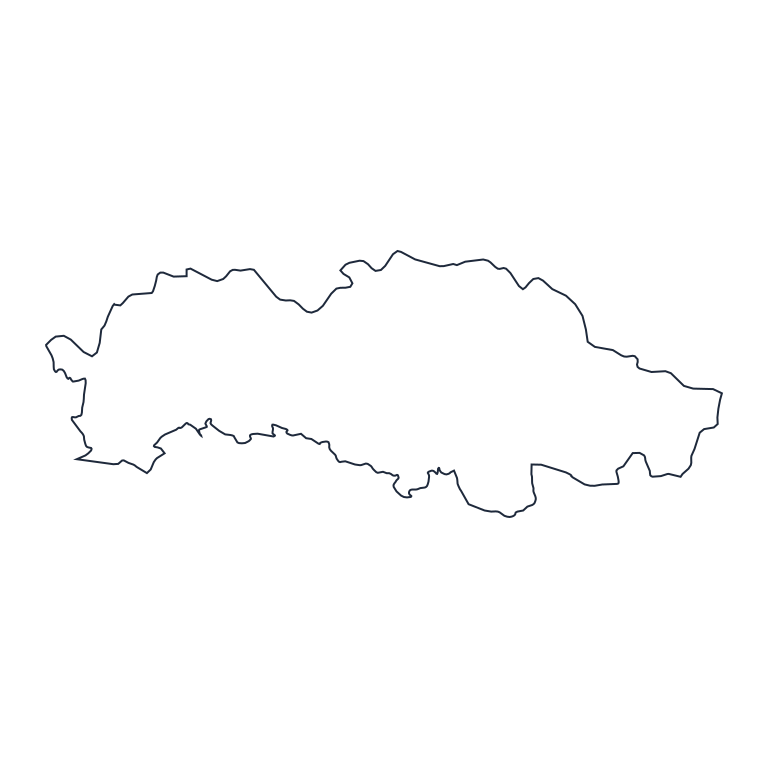 the border of Prešov
{"feature_id": "SVK-1058", "entity_name": "Prešov", "entity_type": "Region", "adm_level": 1, "iso_a3": "SVK", "parent_name": "Slovakia", "parent_adm1": "", "projection": "orthographic", "projection_center": [21.049, 49.105], "detail": "fine", "context": "isolated", "style": "outline", "palette": "slate", "viewbox_px": 768, "rotation_deg": 0, "n_neighbors": 0, "source": "natural_earth", "source_scale": "10m", "svg_char_len": 6056}
<svg xmlns="http://www.w3.org/2000/svg" viewBox="0 0 768 768"><path d="M397.5,251.0L401.0,251.9L415.1,259.4L439.7,266.2L443.8,266.1L453.2,264.0L456.9,265.1L465.2,261.7L483.2,259.5L488.0,260.7L490.5,262.4L495.2,266.9L497.8,268.7L499.7,268.9L503.6,268.0L506.1,268.7L510.4,273.0L518.9,286.0L522.9,289.2L525.5,287.4L529.0,283.1L533.3,279.0L538.4,278.1L543.0,280.6L552.3,289.1L566.0,295.7L575.2,304.2L582.5,315.9L585.9,329.5L587.7,341.8L594.9,346.9L612.9,350.1L621.2,355.3L624.1,356.5L626.7,356.7L632.7,355.8L634.8,356.2L637.6,359.3L637.7,362.0L637.0,364.5L637.6,366.9L639.5,368.5L651.5,372.0L665.4,371.2L670.9,373.2L683.9,385.9L693.2,388.6L713.1,389.1L721.9,393.3L720.1,399.7L718.4,408.6L717.4,417.5L717.7,424.0L713.8,427.5L704.1,429.1L699.7,432.7L694.5,449.0L691.4,455.9L691.2,457.8L691.3,462.8L690.8,465.2L688.5,468.7L682.5,474.0L680.6,476.8L668.7,473.9L667.4,474.0L660.9,476.1L652.6,476.7L651.3,476.2L650.3,475.3L650.0,473.4L649.8,470.9L645.8,461.6L645.3,459.8L645.2,458.4L644.9,456.9L644.1,455.4L639.6,452.9L632.7,453.1L623.4,466.3L618.1,468.7L616.5,470.4L616.4,471.3L616.5,472.1L617.8,476.6L618.5,480.3L618.7,482.1L618.4,483.3L617.9,483.7L616.9,483.9L602.3,484.5L594.7,485.8L590.0,485.7L584.6,484.4L572.9,477.5L571.3,476.2L571.4,475.6L570.7,474.9L569.4,474.1L565.9,472.4L541.2,464.7L531.6,464.5L531.4,474.3L531.8,475.8L532.0,476.9L532.1,482.0L532.2,483.4L533.5,488.2L533.4,490.6L533.5,491.6L533.9,492.8L535.3,496.2L535.7,497.7L535.8,499.1L535.4,500.8L534.6,502.9L533.6,504.1L532.2,505.0L527.4,506.6L523.2,510.5L517.4,511.6L515.7,512.5L515.5,513.0L515.2,514.3L514.8,514.9L514.1,515.5L513.1,516.1L511.7,516.6L509.7,517.0L507.2,516.7L504.4,515.8L499.6,512.3L497.8,511.6L495.7,511.4L491.2,511.6L484.6,510.5L468.6,504.2L461.1,490.9L459.9,489.1L458.5,486.1L457.6,483.8L457.3,479.9L457.0,478.0L454.0,470.6L450.4,472.4L449.8,473.1L448.6,473.8L446.5,474.4L444.6,474.1L441.3,472.5L440.2,471.1L439.5,469.8L439.4,468.9L439.1,468.0L438.7,467.9L438.1,468.7L437.8,471.6L437.5,473.1L437.1,473.9L436.4,473.7L435.4,472.5L433.6,471.0L432.6,470.7L431.4,470.7L429.0,471.6L428.1,472.2L427.8,472.9L428.7,474.5L429.0,475.4L429.1,476.6L428.5,481.6L427.7,484.4L427.0,486.0L426.1,486.9L425.2,487.4L424.3,487.6L420.3,488.1L417.3,489.3L416.1,489.5L412.5,489.5L411.2,489.7L410.2,490.1L409.6,490.8L409.2,491.6L409.0,492.4L409.0,493.2L409.3,494.0L409.7,494.6L411.3,496.0L411.3,496.3L411.1,496.7L410.4,497.0L407.0,497.4L403.9,497.0L401.1,495.6L396.5,491.4L393.7,486.9L393.5,485.2L393.8,484.4L394.3,483.5L395.7,481.7L396.1,480.9L396.6,480.2L398.2,478.7L398.5,478.1L398.6,477.6L398.2,476.2L398.0,475.6L397.7,475.1L397.0,474.9L395.4,475.6L394.0,475.7L392.7,475.3L391.0,474.0L389.2,473.2L386.7,473.2L383.0,471.8L377.8,472.8L376.3,472.2L374.1,470.1L372.8,468.7L371.6,466.8L370.9,466.0L367.9,464.0L366.9,463.7L365.7,463.6L361.1,465.1L359.9,465.2L355.0,464.5L345.3,461.3L341.8,461.7L340.1,462.1L339.1,461.8L338.1,460.8L336.6,458.6L335.9,456.4L335.8,455.8L335.1,454.7L330.9,450.7L329.7,449.0L329.2,447.2L329.3,445.2L329.2,444.2L328.5,442.2L327.5,441.7L326.0,441.5L322.5,442.0L321.1,442.5L320.2,443.0L320.0,443.5L319.7,444.0L318.5,443.7L311.4,439.0L306.1,438.2L301.0,433.8L293.0,435.5L291.8,435.4L290.2,434.9L287.3,433.6L286.5,432.6L286.5,431.6L287.5,430.5L287.3,429.8L285.9,429.0L282.0,428.0L276.0,425.3L273.1,424.6L272.4,424.7L272.1,425.8L272.3,426.6L272.9,427.9L273.0,428.9L272.9,430.0L272.6,431.5L272.5,433.2L272.7,433.6L273.2,434.0L274.9,435.4L274.8,435.8L274.4,436.1L273.5,436.5L257.6,433.7L253.0,434.0L251.3,434.4L250.3,435.0L250.0,435.5L250.0,436.1L250.1,436.7L250.8,438.2L250.9,438.7L250.8,439.1L249.5,440.5L248.8,441.1L247.7,441.7L245.1,443.0L241.9,443.3L239.0,443.1L237.4,442.4L234.3,437.2L233.9,436.2L232.6,435.5L230.5,435.0L225.2,434.4L219.1,430.8L212.4,425.5L211.1,424.3L210.5,423.1L211.2,420.4L211.0,419.3L209.7,418.8L208.5,419.1L206.5,421.2L205.8,422.5L205.4,423.7L206.7,426.1L206.8,426.8L205.9,427.3L199.9,429.3L199.2,429.7L199.0,430.3L199.1,431.1L199.5,433.0L199.9,434.1L200.4,434.7L201.1,435.4L201.2,435.8L200.8,435.5L199.8,434.4L195.9,428.7L190.2,424.7L188.4,424.3L188.1,423.8L187.5,423.2L186.8,423.0L185.8,423.5L181.9,427.3L180.7,427.9L179.8,428.0L179.3,427.7L178.6,427.8L178.0,428.2L176.2,429.7L165.0,434.5L161.7,436.7L160.3,438.0L157.1,442.5L154.1,445.3L153.9,446.1L154.7,446.9L157.6,447.4L160.9,448.5L164.6,453.3L157.0,458.1L155.6,459.5L153.8,462.1L150.7,469.5L146.9,473.1L136.6,466.9L134.8,465.4L133.4,464.6L128.5,462.9L123.8,460.4L122.1,460.5L118.2,463.9L113.3,464.2L76.8,459.2L85.5,455.4L88.3,453.3L91.1,450.5L91.6,448.9L91.1,448.0L88.3,447.4L87.0,446.9L86.2,446.1L85.7,445.0L85.2,443.5L84.2,439.7L83.9,436.3L83.1,434.5L81.9,432.9L80.4,431.3L71.9,419.9L71.7,418.2L71.9,417.3L72.8,417.0L74.6,417.3L76.0,417.3L78.7,416.0L80.4,415.8L81.4,414.8L81.9,412.5L82.2,407.6L83.5,402.1L83.8,398.9L84.0,394.6L85.7,383.2L85.6,380.2L84.9,378.6L83.5,378.7L82.2,379.1L78.7,380.6L73.7,381.5L72.8,381.5L72.0,380.7L71.2,379.7L70.4,378.2L69.7,377.8L69.0,378.1L68.4,378.8L67.6,378.5L66.6,377.1L65.1,373.2L63.9,371.1L62.4,369.7L60.8,369.4L59.0,369.5L58.0,370.1L57.1,371.1L56.6,371.8L55.9,372.0L55.1,371.4L53.9,369.3L53.7,366.8L53.6,362.1L52.7,358.4L51.5,355.3L46.3,346.2L46.1,344.9L51.1,339.9L55.7,336.6L63.8,335.8L70.8,339.6L83.6,352.0L92.0,356.3L96.9,352.5L99.7,342.9L101.3,329.4L104.5,325.6L106.3,321.4L107.8,316.8L112.7,306.0L114.2,304.1L114.8,304.7L120.3,305.4L122.8,303.1L128.4,296.6L132.3,294.5L151.7,293.0L153.0,291.3L154.8,285.9L156.2,280.4L156.8,276.9L157.7,274.5L160.3,272.6L163.3,272.6L173.6,276.6L186.6,276.2L186.6,269.5L190.5,268.6L211.7,279.7L217.2,281.1L223.2,279.0L226.1,276.3L230.1,271.3L232.7,269.9L235.0,269.8L240.5,270.6L250.0,269.1L253.9,269.8L276.2,296.7L280.1,299.6L285.8,300.5L290.1,300.3L294.0,300.9L298.7,304.4L302.9,308.7L306.9,311.7L311.6,312.6L317.5,310.5L322.9,305.8L331.2,293.7L336.4,288.6L340.3,287.8L345.6,287.7L350.3,286.8L352.4,283.3L349.3,277.4L343.5,273.9L340.4,270.4L345.5,264.7L349.4,262.8L359.6,260.7L363.5,261.1L368.0,264.2L371.6,268.2L375.5,270.9L380.9,270.0L385.2,265.9L393.0,254.2L397.5,251.0Z" fill="none" stroke="#1e293b" stroke-width="2"/></svg>